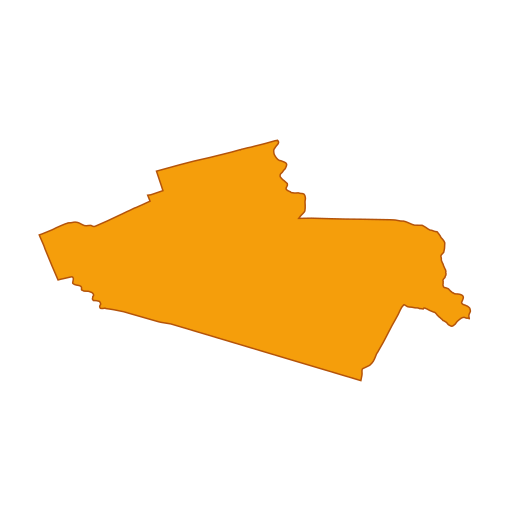 Frasinet, Teleorman, Romania, rotated 4°
{"feature_id": "2599482B88018046154860", "entity_name": "Frasinet", "entity_type": "district", "adm_level": 2, "iso_a3": "ROU", "parent_name": "Romania", "parent_adm1": "Teleorman", "projection": "natural_earth1", "projection_center": [25.422, 44.188], "detail": "fine", "context": "isolated", "style": "filled", "palette": "amber", "viewbox_px": 512, "rotation_deg": 4, "n_neighbors": 0, "source": "geoboundaries", "source_scale": "gbopen_adm2", "svg_char_len": 6002}
<svg xmlns="http://www.w3.org/2000/svg" viewBox="0 0 512 512"><g transform="rotate(4 256 256)"><path d="M369.3,373.0L369.9,368.3L370.0,367.1L370.0,365.9L369.7,363.1L369.8,362.0L370.0,361.4L370.1,361.2L370.4,360.9L374.8,358.4L376.2,357.6L377.0,357.1L377.6,356.5L378.1,355.9L379.2,354.6L380.4,352.7L380.9,351.5L381.4,350.4L382.0,348.6L383.1,345.2L383.4,344.6L384.0,343.6L386.1,339.2L388.8,333.6L390.8,329.1L393.6,322.6L396.7,315.5L398.9,310.9L401.9,304.4L403.7,299.7L404.8,297.3L405.6,296.0L405.9,295.7L406.8,294.4L407.0,294.3L407.3,294.3L409.0,295.1L410.5,295.9L410.9,296.0L412.4,296.2L414.9,296.2L418.2,296.6L419.0,296.6L420.7,296.5L421.4,296.6L422.0,296.7L422.6,297.0L423.0,297.1L424.2,297.0L426.5,297.2L426.9,296.5L427.0,296.3L427.3,296.2L427.6,296.2L428.2,296.2L430.5,297.0L431.3,297.4L433.1,298.2L435.2,298.9L436.9,299.5L438.1,299.7L438.9,300.2L439.5,300.8L440.0,301.2L440.7,302.1L441.4,302.7L442.2,303.4L443.4,304.4L444.0,304.6L444.6,305.3L445.9,306.2L446.4,306.6L446.9,307.2L447.2,307.4L447.9,307.5L450.3,308.8L450.9,309.2L451.5,309.9L452.6,311.0L453.1,311.3L455.4,312.3L455.8,312.4L456.4,312.3L456.9,312.2L457.4,311.9L458.0,311.4L459.6,309.9L460.3,308.7L461.3,307.2L462.8,305.7L464.1,304.5L465.1,303.7L466.2,303.1L467.5,302.7L468.0,302.7L468.4,302.8L468.8,302.9L469.7,303.2L470.5,303.3L471.2,303.3L472.5,303.0L472.8,303.6L473.1,303.6L473.1,303.1L472.8,302.5L472.6,301.4L472.5,300.6L472.6,299.7L472.7,299.1L473.1,298.1L473.3,297.4L473.6,296.8L473.7,296.4L473.6,295.3L473.5,294.9L473.2,294.2L473.1,293.7L472.9,293.3L472.7,293.0L472.5,292.8L471.5,292.0L470.4,291.3L469.9,291.1L469.4,291.0L468.3,290.5L467.2,290.3L466.7,290.0L466.2,290.0L465.8,289.8L465.1,289.3L464.8,289.0L464.5,288.7L464.4,288.3L464.4,287.6L465.2,285.4L465.6,283.9L465.7,283.2L465.7,282.6L465.5,282.1L465.3,281.7L465.0,281.3L464.5,280.9L463.7,280.5L463.2,280.3L462.0,280.0L461.1,279.9L459.7,279.8L458.2,279.9L457.0,279.8L456.4,279.7L455.4,279.0L454.7,279.0L454.5,278.9L454.1,278.6L453.5,278.0L453.3,277.8L452.8,277.8L452.6,277.6L451.9,276.8L451.4,276.5L450.9,275.9L450.0,275.2L449.3,275.0L448.3,274.7L447.7,274.5L447.2,274.4L446.3,274.4L445.9,274.2L445.4,273.8L444.8,272.7L444.6,272.2L444.5,271.7L444.6,270.1L444.5,269.4L444.5,268.3L444.2,267.4L444.2,267.2L444.3,266.7L444.7,265.9L445.0,265.4L445.8,264.5L446.0,264.2L446.1,263.2L446.6,262.2L446.7,261.9L446.8,260.6L446.7,260.2L446.4,259.3L446.4,259.0L446.5,258.1L446.4,257.8L446.2,257.2L445.8,256.1L445.2,255.5L445.1,255.2L444.7,254.3L443.9,252.9L443.1,250.9L442.4,249.8L441.5,248.0L441.2,247.3L441.1,246.5L441.1,245.8L440.9,244.8L440.5,243.7L440.5,243.3L440.5,242.7L440.6,242.4L441.4,241.2L442.0,240.5L442.6,239.7L443.1,238.9L443.1,238.1L443.3,237.1L443.5,235.4L443.5,234.0L443.4,229.8L443.2,229.3L442.5,228.1L441.7,227.1L440.9,226.2L439.3,224.7L438.9,224.2L438.7,223.6L436.9,221.3L436.1,220.5L435.6,219.8L435.1,219.3L434.6,219.1L434.2,219.2L433.8,219.2L433.0,219.0L431.6,218.8L430.6,218.4L429.4,218.1L427.7,218.0L425.5,216.9L423.2,215.5L419.7,213.8L412.0,214.2L409.6,213.6L404.1,211.7L402.8,211.3L400.8,210.9L397.9,211.0L392.4,210.4L390.3,210.4L386.9,210.5L360.0,211.9L343.1,212.9L328.1,213.6L308.7,214.4L296.0,215.5L297.4,213.3L298.4,212.0L299.9,210.3L301.1,208.7L301.4,208.1L301.6,207.5L301.7,204.8L301.5,201.8L301.2,199.4L301.1,197.8L301.2,196.8L301.3,195.5L301.2,194.6L300.8,193.0L300.5,192.3L300.0,191.5L299.6,191.0L299.1,190.8L298.6,190.6L298.1,190.5L295.1,190.4L294.4,190.1L293.4,190.1L292.0,190.3L289.9,190.5L289.0,190.4L287.2,190.3L286.7,190.2L286.4,190.1L285.7,189.5L285.1,189.3L284.2,189.0L282.8,188.4L281.7,187.5L281.4,187.1L281.3,186.3L281.4,185.8L282.2,183.8L282.4,183.1L282.4,182.8L282.2,181.8L282.1,181.5L281.6,181.1L278.5,178.7L277.5,178.1L276.0,176.8L275.4,176.1L274.8,175.5L274.6,175.2L274.5,174.9L274.4,173.7L274.5,173.1L274.8,172.4L275.3,171.8L276.1,171.0L276.8,170.0L277.5,168.7L278.9,167.1L279.4,166.0L280.1,163.8L280.2,162.6L280.0,162.0L279.6,161.4L279.2,161.1L278.7,160.8L277.6,160.3L274.1,159.2L272.9,159.1L271.7,158.6L270.5,157.7L269.1,156.3L268.0,154.8L267.4,153.9L266.8,152.6L266.4,150.7L266.4,150.0L266.3,149.1L266.4,148.6L266.7,148.0L268.3,145.2L270.0,142.9L270.3,142.3L270.5,141.5L270.6,141.0L270.4,140.3L270.1,139.8L269.7,139.4L269.1,139.0L268.4,139.4L268.5,139.5L267.7,139.5L267.2,139.6L257.7,143.0L252.3,144.8L247.0,146.5L243.6,147.7L239.9,148.7L236.0,150.0L233.7,150.7L233.5,150.9L233.2,151.2L232.6,151.1L224.2,154.1L212.8,157.8L202.9,161.0L187.3,165.7L173.3,170.4L155.1,176.8L150.8,178.3L156.6,192.3L158.6,197.3L150.1,200.9L146.7,202.3L143.7,202.9L146.5,208.7L133.2,215.9L131.3,216.7L126.9,219.3L124.0,220.8L121.8,222.1L120.5,222.8L120.3,223.0L118.4,224.0L105.2,231.4L93.8,237.4L93.1,237.7L92.3,237.9L91.5,237.8L90.8,237.7L89.9,237.2L89.4,237.1L88.6,237.0L86.0,237.4L84.7,237.7L82.6,237.6L80.0,236.6L77.2,235.4L75.7,235.0L75.0,234.9L73.4,234.8L72.3,234.9L69.2,235.7L66.1,236.1L65.8,236.4L64.6,236.8L63.0,237.5L59.6,239.2L54.3,242.0L52.4,243.2L50.2,244.4L41.3,248.8L38.3,250.1L39.6,252.7L42.8,258.8L43.8,260.8L45.1,263.8L46.4,266.4L53.2,280.1L60.2,293.7L63.1,292.7L64.6,292.3L72.8,289.8L73.3,289.7L73.7,289.6L74.1,289.7L74.4,289.8L74.6,289.9L75.2,290.8L75.4,291.4L75.4,291.9L75.0,295.6L75.1,295.9L75.2,296.1L76.7,297.0L78.7,297.5L80.7,297.7L82.0,297.9L82.8,298.2L83.5,298.6L84.0,299.3L84.2,299.8L84.2,301.3L84.3,301.8L84.5,302.1L85.5,302.4L86.0,302.7L86.5,302.9L87.2,303.0L91.1,302.9L91.8,303.0L94.6,303.8L95.1,304.1L95.7,304.5L96.3,305.3L96.6,305.8L96.7,306.5L96.7,306.9L96.1,307.6L96.0,307.8L96.1,308.1L95.8,310.1L95.8,310.3L96.1,310.8L96.6,311.4L96.8,311.7L97.2,311.8L98.5,311.7L100.0,311.7L102.5,312.1L102.9,312.2L103.1,312.4L103.5,312.8L103.7,313.1L104.1,313.9L104.4,314.6L104.4,314.9L104.4,315.1L103.9,315.9L103.6,316.9L103.6,317.3L103.7,317.8L103.9,318.3L104.2,318.7L104.4,319.0L104.8,319.1L106.3,319.1L108.1,318.8L108.7,318.6L109.3,318.6L109.7,318.8L109.9,318.9L113.3,319.1L117.8,319.5L127.8,320.8L134.2,322.2L163.4,328.4L166.0,328.8L175.8,329.7L299.5,357.4L369.3,373.0Z" fill="#f59e0b" stroke="#b45309" stroke-width="1.5"/></g></svg>